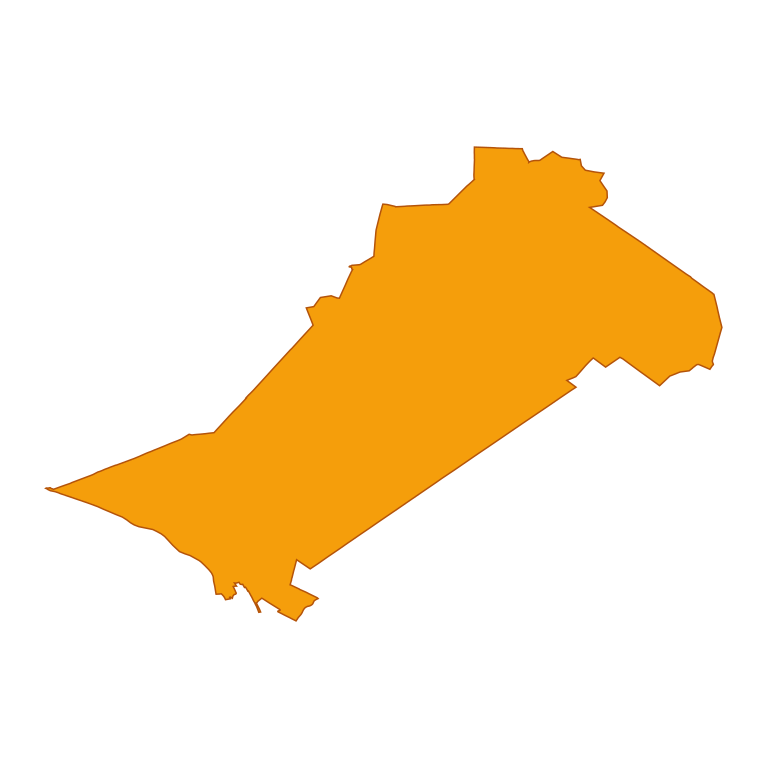 Turku pag., Livanu, Latvia (Robinson projection)
{"feature_id": "27541924B57048436459337", "entity_name": "Turku pag.", "entity_type": "district", "adm_level": 2, "iso_a3": "LVA", "parent_name": "Latvia", "parent_adm1": "Livanu", "projection": "robinson", "projection_center": [26.216, 56.443], "detail": "fine", "context": "isolated", "style": "filled", "palette": "amber", "viewbox_px": 768, "rotation_deg": 0, "n_neighbors": 0, "source": "geoboundaries", "source_scale": "gbopen_adm2", "svg_char_len": 5911}
<svg xmlns="http://www.w3.org/2000/svg" viewBox="0 0 768 768"><path d="M659.6,385.7L669.9,376.0L670.8,375.7L680.1,372.0L689.2,370.8L692.4,368.2L693.3,367.3L693.9,366.9L694.7,366.3L695.8,365.4L696.5,364.9L696.9,364.6L698.7,364.5L701.1,365.5L709.9,369.3L711.9,366.3L713.3,364.7L713.4,364.2L713.2,363.9L712.6,362.4L712.4,361.6L712.4,360.7L713.2,357.5L713.2,357.3L713.3,357.2L714.5,353.8L720.3,332.9L721.8,327.8L721.9,327.4L719.6,318.3L719.5,318.1L719.2,316.6L717.7,310.1L717.1,307.2L713.9,294.3L713.2,294.0L712.9,293.6L712.5,293.2L703.2,286.6L695.3,280.8L691.8,278.3L690.4,276.7L690.0,276.5L686.4,274.2L667.6,261.0L641.1,242.3L627.6,233.2L618.0,226.8L616.6,225.7L603.3,216.6L589.6,207.4L593.5,206.8L602.5,205.3L605.0,202.0L607.3,197.7L607.0,191.0L603.8,186.4L599.9,180.6L604.0,173.2L594.2,171.9L585.3,170.2L581.4,165.8L580.2,159.4L578.7,159.7L577.4,159.4L574.7,159.0L572.4,158.7L569.0,158.2L562.0,157.3L561.7,157.2L552.8,151.5L542.0,158.8L540.5,159.9L540.0,160.2L539.6,160.4L539.2,160.4L538.8,160.5L538.1,160.5L537.1,160.5L535.6,160.5L533.8,160.6L532.7,160.9L531.8,161.0L530.0,161.6L528.8,162.4L528.9,161.7L527.5,159.4L526.0,156.6L524.5,153.8L523.5,151.8L522.9,150.8L522.3,148.7L515.5,148.6L512.2,148.4L508.8,148.4L505.0,148.2L496.6,148.0L495.9,147.9L492.1,147.7L489.7,147.6L489.2,147.6L483.9,147.4L474.4,147.1L474.3,152.6L474.4,154.8L474.4,158.7L474.5,159.3L474.2,166.8L474.1,170.6L473.9,174.9L474.0,177.4L474.1,178.5L474.2,179.2L474.4,179.4L469.1,184.2L466.7,186.2L453.3,199.5L451.6,201.2L449.6,203.2L448.7,204.0L447.8,204.3L441.4,204.6L439.9,204.6L432.0,204.8L430.3,205.0L429.1,205.1L426.0,205.1L423.9,205.2L418.6,205.5L411.6,205.9L408.2,206.0L406.6,206.1L404.7,206.3L399.2,206.6L395.4,206.8L395.1,206.4L387.0,204.5L382.9,204.1L382.4,205.6L381.8,207.7L381.0,210.6L380.0,214.2L377.4,224.7L376.1,230.0L375.8,232.9L375.6,235.4L375.1,240.9L374.9,243.5L374.5,248.7L374.1,252.7L373.9,256.3L365.0,261.6L360.8,264.2L359.8,264.6L359.5,264.7L353.6,265.2L351.9,265.3L351.4,265.7L351.0,265.9L350.6,265.9L350.0,266.1L349.6,266.2L349.3,266.5L349.2,266.7L349.3,266.9L349.6,266.9L350.5,267.0L351.3,267.3L351.7,267.7L351.7,268.1L351.8,268.7L351.9,269.1L352.1,269.3L352.3,269.4L352.6,269.5L351.4,271.7L347.9,279.1L345.4,284.9L340.6,295.5L339.4,298.2L337.2,298.0L331.2,295.8L320.4,297.5L316.1,303.4L313.8,306.6L306.3,307.9L308.5,313.5L310.6,318.7L313.1,325.2L300.5,338.9L291.9,348.4L290.4,349.8L272.5,369.3L266.9,375.5L252.9,390.8L249.7,394.0L248.7,394.9L246.4,397.4L245.9,398.0L246.3,398.2L238.8,406.2L233.3,411.7L231.6,413.5L229.6,415.6L224.5,421.2L217.0,429.4L214.0,432.7L209.2,433.2L205.3,433.7L202.2,434.0L200.1,434.2L196.2,434.5L194.1,434.7L191.9,435.0L189.1,434.3L181.3,439.1L177.8,440.6L171.3,443.1L168.4,444.3L164.9,445.8L154.7,449.9L150.7,451.6L149.0,452.2L146.7,453.1L138.3,456.8L134.2,458.5L115.8,465.3L115.5,465.2L113.5,466.0L112.4,466.4L111.0,466.9L108.8,467.8L107.6,468.3L106.4,468.7L104.6,469.4L101.7,470.7L99.3,471.6L97.9,472.0L93.1,474.5L90.4,475.6L86.1,477.2L80.0,479.5L71.8,482.6L70.2,483.4L65.2,485.1L60.1,486.9L59.0,487.3L58.5,487.5L53.5,489.3L52.7,488.9L51.7,488.7L51.0,488.4L50.6,487.9L49.9,487.7L49.7,487.8L49.3,487.9L49.1,487.9L48.7,488.0L47.8,488.1L47.2,488.1L46.6,488.0L46.4,488.0L46.5,488.3L46.4,488.4L46.1,488.5L46.6,488.7L47.0,488.9L48.0,489.6L49.1,490.1L50.3,490.7L52.8,491.2L55.2,491.7L58.5,492.8L60.0,493.5L80.0,500.3L87.6,502.9L97.9,506.7L103.6,509.3L110.3,512.1L115.9,514.5L122.2,517.0L126.8,519.9L130.6,522.8L134.2,524.9L138.9,526.7L152.8,529.5L156.9,531.5L161.3,533.9L164.7,536.5L173.0,545.5L179.5,551.6L184.9,553.8L190.0,555.5L199.1,560.5L201.1,562.0L204.8,565.5L208.8,569.6L211.4,572.8L212.5,574.9L213.2,576.7L213.6,581.0L214.1,583.3L214.8,586.4L215.9,593.3L216.1,594.2L220.1,594.0L220.6,593.9L221.3,593.8L221.6,594.1L223.0,595.5L223.9,596.6L224.9,598.3L225.5,599.7L226.6,599.5L230.3,598.8L229.6,597.3L230.3,597.0L232.3,598.3L232.5,597.8L232.7,596.6L233.1,595.8L233.7,595.1L234.0,594.8L234.2,594.5L235.4,594.2L235.7,594.1L235.9,593.7L236.0,593.7L236.2,593.4L236.1,593.1L236.1,592.8L236.1,592.7L235.9,592.4L235.7,592.1L235.3,591.0L234.1,588.4L233.2,586.5L235.1,586.1L236.5,586.1L234.5,583.0L235.9,583.2L236.0,583.1L237.7,582.7L239.0,582.3L240.2,584.2L242.0,584.5L242.7,584.3L244.5,587.5L245.5,587.2L246.5,588.7L247.9,591.2L248.4,591.0L248.5,591.2L248.8,591.7L249.0,592.2L249.4,592.8L250.6,595.1L251.0,595.8L251.7,597.0L252.2,598.0L253.1,599.9L253.5,600.7L253.8,601.2L254.1,601.8L254.6,602.5L255.3,604.1L256.6,606.6L258.0,610.2L258.8,612.3L260.6,612.0L259.5,609.3L257.5,605.3L256.3,602.9L256.9,602.7L257.9,601.3L258.3,601.0L259.0,600.4L261.8,598.2L263.5,599.2L269.2,602.9L280.0,609.6L280.5,610.0L280.7,609.9L277.3,611.5L277.5,611.5L277.9,611.7L278.2,611.9L279.6,612.6L282.0,613.8L283.7,614.7L286.7,616.2L290.0,617.8L291.4,618.6L295.3,620.5L295.5,620.7L296.1,620.9L296.7,619.9L297.4,619.0L297.9,618.1L298.4,617.4L300.7,614.8L301.5,613.7L302.0,612.8L302.4,612.0L302.8,611.1L303.4,609.9L304.3,608.6L304.9,607.9L305.5,607.5L306.2,607.0L307.1,606.6L307.7,606.3L308.6,606.2L309.7,605.9L310.8,605.4L312.0,604.6L312.4,604.2L312.8,603.7L313.0,603.3L313.4,602.4L314.0,601.1L314.6,600.5L315.8,599.7L317.0,599.1L318.1,598.6L317.6,598.1L317.3,597.8L308.5,593.5L308.0,593.2L305.8,592.1L300.8,589.9L299.6,589.4L299.4,589.1L295.6,587.3L290.5,584.9L290.1,584.8L291.4,580.4L291.5,580.2L291.5,579.8L291.8,578.0L292.0,577.8L293.8,570.4L294.2,569.1L295.8,562.9L296.6,559.7L310.2,568.9L318.4,563.4L327.2,557.2L338.8,549.3L347.8,543.0L360.9,534.0L368.7,528.7L380.4,520.6L397.0,509.3L410.2,500.2L436.2,482.4L442.0,478.3L454.7,469.8L477.2,454.3L490.5,445.3L501.8,437.6L521.5,424.1L546.8,407.0L559.9,398.0L570.8,390.6L576.0,387.2L570.9,383.4L566.8,380.4L569.7,379.2L573.0,377.9L575.9,376.6L578.7,373.5L580.4,371.6L585.5,365.7L589.6,361.4L593.2,358.0L593.3,358.0L605.6,367.1L611.9,362.8L619.9,357.3L622.9,358.9L627.9,362.6L640.7,372.0L648.2,377.4L659.6,385.7Z" fill="#f59e0b" stroke="#b45309" stroke-width="1.5"/></svg>